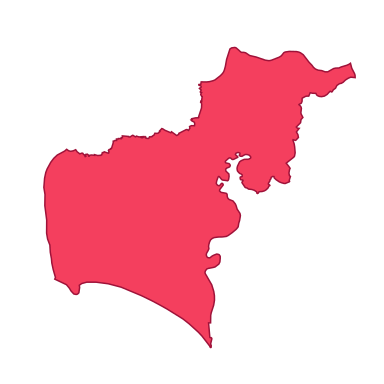 Hoang Hoa, Thanh Hóa, Vietnam, rotated 97°
{"feature_id": "81297802B91620400281223", "entity_name": "Hoang Hoa", "entity_type": "district", "adm_level": 2, "iso_a3": "VNM", "parent_name": "Vietnam", "parent_adm1": "Thanh Hóa", "projection": "mercator", "projection_center": [105.839, 19.866], "detail": "fine", "context": "isolated", "style": "filled", "palette": "rose", "viewbox_px": 384, "rotation_deg": 97, "n_neighbors": 0, "source": "geoboundaries", "source_scale": "gbopen_adm2", "svg_char_len": 5976}
<svg xmlns="http://www.w3.org/2000/svg" viewBox="0 0 384 384"><g transform="rotate(97 192 192)"><path d="M44.9,50.4L46.0,51.6L47.3,53.7L49.7,59.2L51.0,61.3L51.5,64.5L52.2,66.5L56.2,71.9L56.5,74.6L55.7,78.0L55.7,81.7L54.9,84.5L53.5,86.6L51.5,88.5L49.0,91.6L42.2,98.3L40.6,101.3L40.1,103.0L39.9,105.5L40.6,112.6L41.7,116.6L42.5,117.8L45.9,119.9L47.5,121.8L51.5,129.2L52.1,130.8L52.3,132.1L52.2,135.4L50.2,144.8L49.5,151.4L47.4,155.5L47.2,156.4L47.1,157.6L47.4,160.0L46.6,161.4L45.4,163.0L43.5,165.9L43.3,167.1L44.1,170.2L45.3,171.7L46.1,171.9L56.1,173.8L63.3,174.2L67.3,174.8L69.5,175.5L71.4,176.7L73.2,178.1L78.0,182.9L79.0,184.7L80.3,188.0L81.0,190.9L81.6,196.3L84.0,196.4L84.5,198.3L85.2,198.1L85.6,196.2L86.4,195.7L87.3,195.9L88.0,197.1L88.3,197.3L89.7,195.3L91.7,196.0L92.0,195.7L92.1,194.6L93.6,195.2L94.5,195.2L94.9,194.5L95.9,194.1L96.1,193.5L99.2,193.6L100.9,193.4L100.7,194.3L101.9,194.4L102.4,193.6L103.6,193.1L107.5,192.8L116.5,194.6L116.9,194.4L117.5,194.6L118.0,197.6L119.3,201.2L120.0,200.8L120.6,201.8L121.4,200.9L122.3,198.5L122.8,198.0L124.1,197.6L125.9,197.6L126.2,200.6L127.3,202.4L129.0,201.9L131.3,203.0L130.6,204.6L130.8,205.4L135.4,212.2L136.0,212.1L136.4,212.3L137.7,213.8L137.8,214.1L134.7,219.7L135.8,220.2L134.0,226.5L132.9,228.7L132.7,229.7L135.5,231.7L135.9,231.2L137.6,232.6L138.1,233.9L138.2,236.0L140.2,236.7L141.0,237.8L141.8,238.2L141.9,239.2L142.3,239.4L142.4,240.9L143.9,241.4L144.2,241.8L144.3,243.6L144.0,244.6L143.2,244.5L142.7,245.3L143.4,246.3L143.3,246.8L143.6,247.2L144.1,247.5L144.3,248.3L144.2,248.8L143.1,247.9L143.8,251.3L143.3,254.0L144.1,254.6L144.1,255.1L142.9,257.6L143.2,258.2L145.0,260.3L144.9,261.8L144.6,261.8L144.8,268.0L146.6,267.7L146.7,268.9L147.7,268.8L147.9,271.7L148.5,271.9L148.6,273.4L150.0,273.1L150.2,274.7L150.7,275.2L151.1,276.4L152.8,276.2L158.5,277.2L158.8,278.1L159.5,278.0L160.0,279.5L160.8,280.0L161.2,280.0L162.1,279.3L163.6,279.5L163.6,280.2L162.8,284.1L163.7,284.6L163.8,285.8L166.0,286.1L166.1,286.6L166.7,286.8L167.0,288.8L167.3,290.0L166.8,293.3L167.5,293.2L167.5,296.2L167.8,297.3L167.9,297.8L168.9,298.3L169.1,299.5L168.5,298.6L167.2,300.4L167.6,302.0L168.3,302.1L169.5,301.7L169.9,302.3L168.2,303.4L168.0,304.2L166.8,305.2L166.9,306.2L167.8,308.0L166.1,310.9L164.2,312.6L165.6,314.9L166.4,317.4L166.1,319.5L164.9,321.6L166.9,323.4L171.7,330.2L175.4,333.3L179.7,335.8L186.8,338.6L190.4,339.5L196.3,340.0L205.5,339.6L212.4,337.6L223.5,336.4L237.6,332.8L250.6,331.3L256.3,329.6L262.0,326.6L269.1,325.3L275.3,323.4L279.5,322.5L285.9,320.3L293.5,317.1L295.2,317.6L299.3,305.3L302.3,302.1L305.0,300.0L307.6,296.9L307.8,295.1L307.7,293.9L307.1,293.0L305.8,292.0L300.4,291.9L298.3,292.5L296.3,290.3L294.3,285.4L293.2,276.3L293.3,263.9L295.1,250.7L301.0,229.7L304.7,218.9L307.6,211.3L311.1,202.7L319.0,185.7L323.1,178.9L330.3,168.7L333.8,164.5L342.7,155.7L343.8,155.1L344.1,154.4L343.8,154.1L342.1,154.2L340.5,155.0L335.3,154.4L334.6,154.7L334.2,155.3L334.4,156.1L334.0,156.6L319.9,159.6L319.6,157.6L312.1,158.4L309.6,158.2L301.7,156.7L296.6,156.5L292.2,157.1L288.0,158.3L281.7,161.1L271.5,168.8L270.7,169.2L269.9,169.3L268.4,169.0L266.5,167.8L265.8,166.4L264.3,161.7L263.6,160.0L260.3,156.6L258.0,155.8L254.2,155.9L252.3,156.2L250.9,157.4L250.6,158.7L250.6,160.0L252.0,162.6L253.0,164.1L255.1,166.2L255.3,166.9L255.1,168.6L254.8,169.0L253.5,169.9L252.1,170.2L250.8,170.0L248.5,169.0L246.3,168.3L244.0,168.9L242.2,168.9L239.5,168.5L237.2,167.7L235.7,166.3L234.6,164.6L233.5,160.5L232.9,156.4L231.9,152.5L230.7,150.7L227.3,147.0L223.5,143.5L221.3,142.1L220.5,141.9L217.3,141.8L214.6,141.3L210.5,141.1L209.4,141.1L207.4,141.8L203.5,145.1L200.1,146.6L198.6,147.5L196.2,149.9L195.9,150.3L194.9,154.2L194.0,155.5L192.4,156.4L190.0,156.9L189.3,157.5L189.1,158.1L188.8,163.1L187.6,164.8L186.3,164.8L181.3,161.9L180.7,162.0L179.9,162.6L179.7,163.3L180.0,163.9L182.2,165.3L182.5,166.0L182.2,167.4L181.4,168.3L180.4,169.0L177.8,168.8L174.2,168.0L173.4,167.6L173.4,166.8L175.9,164.2L176.4,163.3L176.5,158.0L175.9,157.5L175.0,157.2L172.0,157.1L169.6,157.6L167.1,160.9L165.7,161.3L164.8,161.1L163.9,160.2L162.9,158.3L162.2,157.5L160.8,157.3L159.9,157.9L159.3,158.7L159.0,161.9L158.4,162.5L157.6,162.6L157.0,162.3L154.1,159.8L153.5,158.8L153.6,157.8L154.7,156.3L154.8,155.5L154.5,154.6L152.0,150.8L151.3,151.0L150.0,153.0L149.3,153.5L148.1,153.0L147.3,151.6L147.2,150.6L147.5,149.3L148.4,149.0L149.7,149.6L150.6,148.5L150.5,146.8L148.5,144.1L148.2,143.2L148.1,141.8L148.4,139.9L149.6,138.3L150.3,137.9L151.2,138.0L152.2,139.2L152.7,140.3L153.2,144.1L155.0,147.1L156.4,148.5L160.8,150.0L162.8,150.2L164.3,149.9L165.5,149.5L167.0,148.0L167.9,146.6L168.2,145.2L168.9,144.3L170.3,144.1L170.6,144.3L171.2,145.8L171.7,146.0L172.8,145.8L173.7,145.4L173.9,145.0L173.9,143.4L174.1,142.9L174.7,142.8L176.2,143.6L176.7,143.5L180.9,139.9L181.2,139.1L181.3,137.9L182.2,136.3L182.2,132.9L182.7,130.4L183.8,128.2L184.3,127.7L185.2,127.5L185.5,126.8L185.0,126.1L183.5,125.4L183.0,122.5L182.0,120.2L180.9,118.8L179.0,117.2L176.5,116.2L176.2,115.6L175.9,115.5L175.6,115.8L174.8,117.2L173.9,117.2L171.7,116.1L170.2,116.0L169.3,115.3L167.8,115.2L166.7,113.8L166.7,112.5L168.0,112.1L169.5,110.1L171.3,106.6L171.9,104.4L172.3,101.7L172.2,100.5L170.0,96.6L169.6,96.4L168.6,96.9L164.5,96.2L163.9,97.3L161.3,98.1L157.7,97.9L156.8,97.5L156.3,97.7L154.4,99.4L151.9,102.0L145.0,95.2L143.9,94.6L140.5,94.4L134.7,95.6L131.9,96.4L128.1,98.2L127.7,98.0L128.2,95.7L127.9,95.2L124.9,93.0L122.1,93.9L119.7,95.7L115.8,93.4L115.8,95.2L114.8,96.4L110.0,92.7L106.8,92.6L104.5,91.0L101.4,93.1L100.1,93.6L95.7,93.6L94.4,94.1L93.5,94.8L92.3,96.5L91.8,96.2L90.7,94.5L90.2,94.2L88.5,93.8L85.5,94.1L83.4,91.2L82.9,90.0L82.6,87.8L79.1,86.8L79.3,84.4L79.0,81.1L80.3,80.2L81.0,79.4L81.6,77.4L81.6,75.1L80.7,72.3L78.7,69.8L75.5,67.5L75.2,67.1L75.7,65.7L75.4,65.1L73.4,64.2L71.5,62.2L68.6,61.2L66.5,58.8L65.9,57.0L64.6,55.3L62.1,53.3L59.9,50.6L58.7,48.4L58.6,44.0L56.2,44.4L54.7,45.1L49.7,48.5L44.9,50.4Z" fill="#f43f5e" stroke="#9f1239" stroke-width="1.5"/></g></svg>